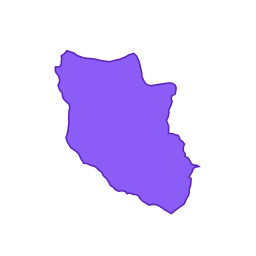 outline of São José do Brejo do Cruz, Paraíba, Brazil, rotated 245°
{"feature_id": "56859067B98601062651136", "entity_name": "São José do Brejo do Cruz", "entity_type": "district", "adm_level": 2, "iso_a3": "BRA", "parent_name": "Brazil", "parent_adm1": "Paraíba", "projection": "robinson", "projection_center": [-37.369, -6.238], "detail": "fine", "context": "isolated", "style": "filled", "palette": "violet", "viewbox_px": 256, "rotation_deg": 245, "n_neighbors": 0, "source": "geoboundaries", "source_scale": "gbopen_adm2", "svg_char_len": 1841}
<svg xmlns="http://www.w3.org/2000/svg" viewBox="0 0 256 256"><g transform="rotate(245 128 128)"><path d="M223.9,105.2L222.2,101.6L221.5,97.8L219.1,97.4L216.8,95.8L214.0,94.5L212.3,91.6L214.1,88.1L211.2,86.6L208.8,86.1L204.8,87.0L201.3,86.6L198.9,85.6L196.2,82.6L192.5,82.2L189.7,82.5L187.2,83.1L184.7,82.1L182.2,81.8L179.3,82.6L174.4,84.7L170.8,83.7L168.5,81.8L165.6,80.3L162.2,78.4L157.7,76.7L154.9,74.8L152.0,73.1L147.9,70.1L145.5,67.7L140.7,67.1L135.2,67.7L132.7,68.6L130.2,70.3L127.1,71.8L124.6,72.4L122.0,72.3L119.6,72.4L117.2,72.8L114.9,72.8L113.0,75.9L109.7,78.6L107.0,81.9L104.3,83.0L101.6,83.9L99.4,85.4L96.3,85.4L93.9,85.9L91.8,87.1L89.6,87.3L87.2,87.6L83.2,87.8L80.6,89.6L77.5,90.4L74.6,92.8L73.7,96.1L71.6,98.6L68.8,99.4L68.5,102.0L65.9,104.3L64.1,107.2L62.2,108.8L59.2,109.1L56.0,110.1L52.8,112.1L49.2,114.5L48.4,117.7L47.2,120.3L44.5,123.1L40.9,125.3L38.4,126.6L36.3,128.2L34.1,129.7L32.1,131.2L33.0,134.2L33.7,137.9L34.5,141.2L34.9,144.4L35.6,147.0L37.5,149.2L39.6,151.6L41.2,154.2L43.5,156.1L46.2,157.4L48.5,159.4L50.8,161.4L52.9,162.3L55.1,163.8L58.0,162.7L59.4,164.9L60.7,167.1L63.2,169.4L64.1,172.1L63.1,176.0L65.2,174.6L66.4,172.3L68.8,170.3L71.9,170.3L75.4,169.9L77.9,167.8L80.7,169.0L84.0,168.4L87.3,170.2L89.6,172.4L92.7,171.7L95.2,170.2L98.0,170.5L100.4,170.2L101.7,168.2L103.9,166.1L106.1,162.4L109.0,164.0L112.2,165.5L115.4,165.9L118.9,166.1L120.4,168.4L122.4,170.1L124.6,171.6L126.8,172.4L128.7,174.4L130.6,176.8L133.1,179.1L136.9,179.7L138.7,181.8L138.8,185.0L141.4,187.0L144.3,188.7L146.8,188.9L149.8,187.0L151.5,184.4L156.7,166.6L158.6,164.1L161.5,162.5L165.7,162.2L169.1,162.5L172.3,163.8L183.3,166.1L189.5,166.2L193.2,164.7L193.9,159.7L193.5,155.2L193.9,149.4L195.8,139.5L200.2,132.4L204.3,127.4L210.3,117.4L215.4,112.4L218.6,110.9L223.9,105.2Z" fill="#8b5cf6" stroke="#5b21b6" stroke-width="1.5"/></g></svg>